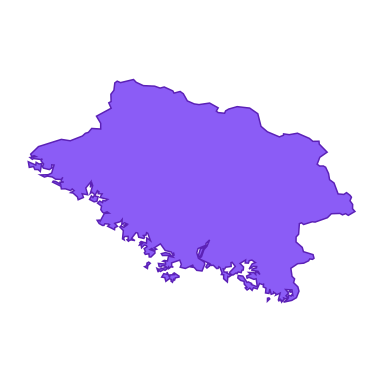 map outline of Fujian (Equal Earth projection), rotated 86°
{"feature_id": "CHN-1178", "entity_name": "Fujian", "entity_type": "Province", "adm_level": 1, "iso_a3": "CHN", "parent_name": "China", "parent_adm1": "", "projection": "equal_earth", "projection_center": [118.681, 25.949], "detail": "fine", "context": "isolated", "style": "filled", "palette": "violet", "viewbox_px": 384, "rotation_deg": 86, "n_neighbors": 0, "source": "natural_earth", "source_scale": "10m", "svg_char_len": 6101}
<svg xmlns="http://www.w3.org/2000/svg" viewBox="0 0 384 384"><g transform="rotate(86 192 192)"><path d="M307.1,100.0L308.3,108.3L305.6,104.1L304.2,103.2L301.4,103.2L302.7,100.4L301.7,99.9L302.3,98.6L297.9,99.0L298.9,100.4L298.0,101.9L296.5,99.9L295.8,105.4L299.6,102.7L302.1,105.5L304.2,103.6L305.1,105.9L304.2,107.8L305.3,107.4L307.9,110.1L305.5,110.1L307.3,110.6L305.2,111.6L306.6,112.9L305.7,113.4L299.0,111.1L300.7,115.7L299.7,115.1L297.6,117.5L298.9,117.7L299.6,120.2L294.2,121.2L298.6,122.3L297.8,125.7L293.1,124.9L291.6,127.6L288.3,126.8L289.5,127.5L288.0,131.0L293.2,133.7L291.8,137.4L294.3,138.9L291.9,141.0L293.6,143.9L291.4,145.6L290.8,143.9L287.6,146.3L284.8,146.3L283.6,149.7L281.0,152.3L278.5,151.7L279.4,147.2L286.0,143.4L285.6,142.1L287.4,138.9L288.4,139.2L290.7,134.5L290.2,133.5L283.0,134.1L283.5,136.3L281.1,141.2L281.8,143.0L280.7,143.3L279.6,143.4L278.1,139.3L276.2,141.1L276.8,135.8L278.7,134.2L276.2,134.2L276.5,132.4L279.0,130.0L275.7,131.6L274.4,137.7L273.1,137.4L272.2,133.0L270.9,132.7L270.5,136.0L272.9,140.4L267.9,137.0L266.8,133.7L264.1,137.0L264.5,139.7L266.9,140.7L266.5,143.9L263.6,143.3L266.6,149.1L270.4,145.8L273.4,146.3L273.5,147.6L275.9,148.6L275.0,151.5L276.6,152.8L275.9,153.7L277.7,157.0L276.3,159.7L274.8,160.1L269.3,154.0L264.9,156.9L265.2,158.0L269.0,158.1L269.4,163.6L271.1,164.8L270.8,166.2L274.1,165.5L274.4,162.5L275.2,163.0L278.0,158.8L279.3,161.1L278.8,162.1L284.3,163.0L280.7,166.5L276.8,166.2L276.4,168.5L274.9,167.6L269.4,169.3L268.4,170.4L270.1,171.3L270.1,172.7L266.6,175.8L266.6,177.8L264.7,179.2L259.5,188.9L258.3,189.0L257.3,187.1L250.3,184.1L247.2,180.9L241.0,177.8L244.2,181.6L246.1,181.8L248.8,189.9L253.0,191.5L258.6,190.2L262.6,184.7L265.0,184.3L271.5,187.5L270.5,192.7L267.5,195.0L266.7,198.3L265.9,196.1L265.0,196.4L267.8,204.0L266.2,209.0L263.4,207.7L259.1,209.0L261.3,217.3L264.6,217.4L265.7,215.9L265.2,218.5L266.4,219.7L265.1,220.6L266.8,221.1L265.4,222.5L267.0,222.3L268.2,224.3L267.5,225.9L269.1,229.0L267.8,230.9L269.6,231.3L265.7,232.3L266.8,230.5L265.6,223.9L263.7,224.3L263.5,227.2L264.7,228.2L264.0,230.0L260.9,230.5L262.1,223.4L260.0,223.4L259.0,225.9L258.3,224.4L259.1,221.3L254.4,219.9L255.6,215.5L254.6,216.4L253.7,214.3L251.8,214.6L252.6,215.8L250.4,216.9L248.4,222.9L241.5,227.1L245.1,233.6L246.6,231.3L247.6,234.2L245.5,236.0L246.5,238.0L248.6,233.2L250.4,233.2L254.0,237.5L253.8,239.2L250.6,239.3L251.0,242.9L249.3,243.8L248.0,242.6L245.2,243.7L243.5,240.7L242.2,241.2L241.6,243.3L244.1,246.2L241.0,246.5L241.3,248.2L239.6,247.2L240.3,245.4L239.6,244.7L238.6,247.2L237.8,246.2L239.8,241.0L234.7,240.3L237.7,236.8L230.0,239.1L229.4,240.2L231.8,240.9L232.0,243.5L233.7,242.3L235.0,243.3L233.4,248.3L229.1,249.1L228.6,250.7L234.0,255.5L236.5,252.3L235.5,256.1L236.2,258.9L237.2,258.4L235.1,260.2L234.5,258.8L231.8,258.9L231.7,262.1L233.0,263.5L235.0,263.0L233.9,264.6L225.7,263.2L221.9,266.4L220.9,265.3L222.5,262.5L220.8,259.8L220.5,262.8L219.4,258.9L218.0,261.5L219.6,264.3L214.5,263.6L216.6,265.6L217.9,271.3L221.1,268.7L222.1,271.5L224.2,271.9L220.3,278.5L218.7,276.6L218.1,277.7L217.6,281.1L219.2,282.2L219.1,283.7L217.0,286.8L213.6,288.6L213.6,286.2L214.8,285.7L207.2,280.9L207.3,276.2L205.8,278.1L206.9,281.4L206.0,282.6L203.3,284.2L199.8,283.2L196.5,287.0L194.6,284.7L196.3,282.0L194.2,281.4L194.9,279.1L193.5,276.6L191.0,284.1L187.6,281.8L187.2,285.7L185.5,285.6L185.8,284.3L184.1,286.3L188.3,288.8L185.3,291.8L186.4,293.6L178.6,290.6L176.5,291.2L180.3,293.1L174.7,292.1L180.6,297.7L187.5,296.2L186.1,301.7L189.9,300.7L191.8,306.1L189.0,306.6L184.7,310.8L184.2,313.0L182.4,309.5L180.6,311.3L182.1,313.0L180.0,318.1L179.8,322.1L177.1,322.4L172.4,330.4L171.4,329.6L171.9,327.4L175.0,322.6L173.1,323.0L173.2,319.2L172.5,321.5L171.2,321.7L168.3,319.8L170.4,321.6L169.7,327.2L167.3,330.3L166.1,335.0L166.8,338.2L164.4,342.1L164.7,334.2L163.3,330.7L155.5,327.7L155.1,330.0L158.1,330.1L159.7,332.7L157.8,338.6L156.3,339.4L153.7,338.1L150.4,340.4L148.3,339.0L149.1,340.3L147.6,347.7L148.3,349.0L146.3,351.1L145.8,345.1L144.7,347.0L145.3,349.4L143.0,350.3L136.0,342.0L130.4,318.7L132.4,309.9L128.5,297.4L126.0,294.3L125.3,291.2L121.6,287.6L122.8,278.7L117.1,278.3L109.7,282.0L102.8,266.8L97.2,268.8L96.1,266.4L88.8,266.1L85.1,262.8L77.8,261.4L76.2,258.9L77.9,255.7L75.7,242.5L78.7,240.0L82.5,233.1L83.8,221.9L86.1,216.6L85.3,212.4L89.8,204.1L92.1,203.0L90.9,196.8L93.4,193.8L100.8,190.3L104.3,183.6L105.3,178.9L104.5,168.2L109.9,160.0L113.0,162.1L114.6,160.4L115.7,154.0L113.4,152.8L111.8,149.6L110.0,141.0L112.3,128.6L118.5,120.9L131.3,118.6L137.2,112.6L143.1,101.0L141.8,96.8L140.4,96.6L141.6,91.0L140.7,82.7L146.7,71.2L149.9,67.9L150.2,61.8L153.1,61.7L161.7,54.4L166.3,62.1L173.0,65.2L175.0,62.9L175.2,59.2L176.6,57.0L183.1,54.5L189.3,53.9L192.9,49.7L204.1,46.4L205.0,40.7L203.4,37.9L206.4,34.5L208.3,33.3L211.8,35.0L215.6,32.6L219.9,33.0L222.8,30.8L226.2,37.7L224.3,40.3L225.3,43.5L223.7,45.9L223.4,54.5L227.1,58.7L230.6,71.3L230.1,74.2L232.2,82.9L230.4,84.9L231.0,87.1L241.6,88.6L244.1,91.3L249.1,91.7L254.9,85.9L259.3,85.0L262.9,75.6L266.6,74.9L267.6,76.4L267.0,79.2L268.8,80.5L270.8,85.5L270.9,91.6L275.0,98.7L283.1,98.1L285.8,95.7L289.5,97.0L294.0,93.0L298.4,92.2L304.7,95.2L307.1,100.0ZM279.3,219.2L277.9,218.6L276.9,220.6L279.3,224.3L275.5,225.1L274.8,228.2L271.5,225.9L272.4,222.5L270.2,222.5L275.8,220.2L273.2,220.0L273.2,215.5L272.0,216.4L271.5,215.3L275.0,210.8L276.0,210.9L276.5,214.6L278.6,215.5L277.8,216.3L280.7,217.8L279.3,219.2ZM153.2,340.0L161.0,341.9L158.9,343.9L158.6,347.2L155.6,348.3L156.1,352.6L150.4,353.2L154.2,346.0L151.5,345.4L153.4,342.6L153.2,340.0ZM190.1,286.0L194.6,287.5L195.0,290.3L192.3,294.7L188.9,292.6L190.6,291.2L189.0,290.0L190.1,286.0ZM249.3,184.5L256.6,188.0L256.8,189.2L255.6,190.0L249.3,187.6L246.8,181.0L249.3,184.5ZM253.9,217.2L253.3,225.9L251.4,226.9L250.6,222.9L251.9,218.5L253.9,217.2ZM262.3,241.2L265.2,241.8L263.2,244.5L262.4,242.2L259.8,241.9L258.9,240.1L260.2,238.6L262.3,241.2ZM266.6,179.0L268.9,182.4L267.7,183.4L264.3,181.2L266.6,179.0ZM303.2,124.1L303.0,122.6L304.1,121.9L306.2,124.4L303.2,124.1Z" fill="#8b5cf6" stroke="#5b21b6" stroke-width="1.5"/></g></svg>